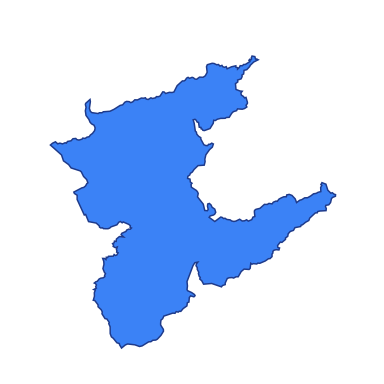 Rio Pardo, Rio Grande do Sul, Brazil, rotated 248°
{"feature_id": "56859067B39474699620723", "entity_name": "Rio Pardo", "entity_type": "district", "adm_level": 2, "iso_a3": "BRA", "parent_name": "Brazil", "parent_adm1": "Rio Grande do Sul", "projection": "robinson", "projection_center": [-52.435, -30.08], "detail": "fine", "context": "isolated", "style": "filled", "palette": "blue", "viewbox_px": 384, "rotation_deg": 248, "n_neighbors": 0, "source": "geoboundaries", "source_scale": "gbopen_adm2", "svg_char_len": 6017}
<svg xmlns="http://www.w3.org/2000/svg" viewBox="0 0 384 384"><g transform="rotate(248 192 192)"><path d="M295.7,242.0L294.8,238.6L295.5,237.2L297.5,236.0L298.3,235.0L298.3,232.3L299.8,231.3L299.6,229.6L298.2,227.6L298.0,226.1L298.6,224.7L296.2,218.1L291.5,212.7L291.7,210.8L292.9,208.3L293.2,204.5L295.2,203.6L295.8,202.4L292.9,198.3L293.0,196.4L293.8,194.7L293.0,193.5L293.5,190.4L294.7,189.2L294.2,186.0L295.3,184.4L296.8,184.1L297.1,182.2L298.1,180.2L297.8,175.9L298.9,173.5L297.8,170.8L297.8,168.7L299.3,167.6L300.5,165.3L300.4,163.3L298.8,160.4L299.2,157.8L297.9,150.8L297.6,146.2L299.6,139.9L299.2,138.2L300.2,135.7L299.9,134.4L303.1,128.9L304.8,128.0L308.0,128.2L313.8,131.6L316.0,132.1L314.0,126.6L313.0,125.9L310.2,125.5L307.2,123.5L302.7,122.4L297.9,123.6L294.9,123.6L292.8,124.4L290.6,126.2L287.7,126.2L285.4,124.7L283.6,121.7L282.9,119.1L281.8,117.4L282.2,115.1L281.7,113.0L282.9,110.9L282.2,109.8L282.5,106.6L283.8,104.8L285.2,104.3L286.0,101.6L284.8,99.0L285.5,95.5L284.4,93.8L285.2,92.8L285.1,90.0L286.8,87.8L287.0,85.5L289.7,84.2L289.5,81.0L288.6,78.3L275.2,84.9L269.0,84.5L263.6,87.9L259.6,88.9L253.5,96.2L252.2,96.9L247.0,97.3L243.0,99.0L239.5,98.9L239.1,97.5L237.5,95.6L236.8,93.3L237.1,91.4L236.2,82.4L234.7,82.4L232.0,84.3L228.1,82.7L211.0,83.5L211.0,85.0L203.3,85.0L199.1,91.5L195.5,93.3L194.0,93.1L192.8,94.0L192.3,95.6L191.2,96.2L189.9,99.1L189.4,100.5L189.4,102.3L190.0,103.9L189.7,110.1L191.4,112.8L191.5,114.5L189.6,115.7L190.0,117.0L185.6,121.3L183.8,122.2L182.4,121.4L181.3,122.4L180.6,120.9L181.3,119.3L181.2,117.2L180.2,116.0L180.0,111.4L179.0,110.3L175.9,111.8L177.9,108.0L176.7,104.3L174.6,103.2L175.5,101.7L174.1,100.8L173.9,99.0L172.2,99.4L171.1,98.5L169.0,100.1L169.0,102.1L166.8,100.3L165.7,100.4L164.5,99.6L163.3,100.7L161.7,98.6L161.9,97.1L163.2,96.4L162.0,94.9L163.7,90.4L162.8,89.1L163.6,88.1L161.6,86.9L163.2,85.9L163.9,84.3L160.8,84.2L158.0,83.3L154.3,80.7L150.2,80.7L148.7,81.2L147.4,79.7L146.2,79.5L145.7,77.5L146.3,75.0L146.1,73.2L144.7,70.8L144.8,69.3L144.2,67.3L143.2,68.2L141.6,68.6L140.3,67.2L138.7,67.3L138.4,64.4L137.3,65.6L135.2,63.7L131.9,62.5L128.6,59.9L127.8,61.2L122.6,62.6L120.8,61.9L116.9,63.7L114.4,63.9L112.8,62.9L107.2,63.9L106.2,65.5L102.0,66.4L101.1,65.5L97.7,65.6L91.3,63.1L87.9,63.0L85.9,64.2L80.3,65.9L78.7,67.9L77.6,67.6L73.7,68.2L75.2,73.0L75.2,75.4L71.7,81.8L68.4,85.5L68.0,88.1L69.3,95.7L68.6,97.8L69.2,100.1L68.3,102.9L68.5,104.7L70.7,109.5L73.6,113.4L75.4,114.0L80.4,113.1L82.2,113.8L84.8,115.2L85.5,117.3L87.5,119.4L86.9,128.8L85.9,130.8L87.0,132.6L85.8,134.2L86.2,135.5L85.5,136.9L87.2,140.1L88.3,144.6L91.1,146.2L91.1,147.9L95.2,150.0L96.2,151.8L94.1,154.5L94.7,156.0L96.0,155.9L98.9,154.0L102.1,151.0L103.3,150.8L106.6,152.6L110.8,153.8L123.4,165.4L125.4,168.2L124.8,171.1L123.7,169.2L122.1,168.1L119.9,168.6L118.4,167.9L115.0,168.2L114.0,167.4L110.9,167.1L109.8,167.7L108.4,166.6L106.0,167.8L102.2,168.2L99.8,176.0L93.0,183.8L93.9,185.2L93.7,188.1L95.2,188.7L98.6,192.3L98.6,194.2L97.7,197.0L96.6,198.4L96.9,201.0L96.1,203.1L99.8,207.8L101.0,211.4L98.8,215.9L99.4,217.3L103.9,219.8L102.6,220.6L102.6,222.0L101.0,225.1L101.4,226.4L100.5,228.2L100.6,234.1L101.5,238.0L101.0,239.3L102.1,242.0L104.4,242.9L105.1,244.1L106.7,244.8L107.3,246.2L107.0,248.4L105.7,250.9L107.3,252.2L108.4,250.8L110.3,251.3L112.5,255.1L111.6,256.5L113.0,260.9L114.4,261.5L115.0,264.1L117.3,265.6L118.6,268.4L118.4,271.7L120.4,274.1L119.3,279.8L120.4,280.8L120.2,282.1L121.4,286.0L121.8,289.6L123.7,291.4L126.4,298.5L125.8,300.4L126.8,301.2L126.5,303.3L124.5,309.3L126.3,310.3L128.5,310.3L129.5,311.1L128.9,314.0L130.3,316.5L133.7,318.9L134.3,320.4L134.3,323.4L135.8,324.1L136.8,322.9L138.8,321.8L138.9,320.3L142.8,318.6L149.1,319.1L152.0,316.0L150.6,314.3L149.6,314.9L148.0,313.0L144.1,311.6L144.5,308.7L144.2,306.7L144.8,304.0L143.9,300.7L143.4,297.0L144.4,294.3L143.8,291.0L144.0,288.7L143.0,285.0L147.0,285.1L151.4,283.4L153.4,281.2L153.8,278.7L152.3,277.7L153.2,275.2L153.1,272.1L152.8,269.9L151.4,267.6L152.1,266.5L152.1,263.6L151.0,261.8L152.6,259.1L152.3,257.1L153.4,254.5L151.4,248.9L152.0,244.8L151.5,243.1L150.3,242.4L145.7,241.1L145.9,239.1L144.0,237.1L143.9,233.3L145.8,232.2L145.6,230.0L146.3,227.7L148.9,226.0L148.6,221.7L149.0,219.8L150.3,217.9L151.9,216.9L153.5,214.0L155.3,212.8L155.6,211.3L157.1,210.5L158.0,209.3L156.1,202.1L162.1,198.4L163.0,199.8L162.6,203.2L162.9,204.7L164.3,206.4L167.6,206.7L170.4,204.9L172.9,204.8L174.9,203.8L175.0,202.1L173.0,201.0L169.8,200.5L168.9,199.2L170.1,196.9L176.5,197.9L185.4,195.3L188.3,197.2L189.7,197.2L191.7,196.7L196.7,193.2L199.4,194.0L200.1,195.3L201.9,194.2L204.7,195.0L206.2,193.0L208.1,194.0L208.6,196.3L209.9,197.4L210.4,199.8L212.1,202.3L214.2,207.5L212.3,213.4L215.2,215.5L217.6,216.2L221.3,218.8L224.7,224.1L226.0,227.7L228.5,229.8L229.9,228.6L229.5,226.7L230.0,225.3L229.2,223.8L229.9,222.2L231.4,220.7L237.7,220.0L239.1,220.5L241.2,219.0L243.9,218.1L245.9,218.5L247.3,217.9L254.9,219.8L258.5,220.1L258.3,222.0L257.1,222.7L254.9,223.0L254.1,224.1L249.3,223.0L248.5,224.5L247.2,224.1L246.4,225.0L245.1,225.2L244.3,226.5L244.1,232.5L247.7,237.4L250.4,239.0L249.5,240.5L250.0,242.6L249.5,246.2L247.9,250.3L248.2,251.8L247.3,254.5L250.1,258.3L251.0,260.5L250.7,263.8L252.0,265.3L249.9,269.7L249.7,272.0L250.3,274.7L252.2,274.6L253.3,276.5L254.4,277.0L259.5,277.5L259.6,275.9L261.3,275.5L263.3,274.1L265.5,274.4L266.6,276.3L267.7,274.3L270.6,271.2L276.2,272.9L276.9,275.7L278.7,276.2L278.5,279.9L280.2,281.7L281.7,282.1L282.1,284.1L285.3,285.8L284.9,288.6L286.7,292.5L287.6,293.4L289.4,297.9L289.8,302.9L291.0,301.9L291.5,300.7L294.0,301.0L295.6,298.6L294.1,297.2L293.0,297.0L292.4,295.9L293.4,295.3L292.8,294.1L291.2,294.5L290.3,289.2L290.9,287.6L290.2,286.0L291.1,284.0L289.8,282.6L288.9,280.3L290.2,280.8L291.4,279.4L292.6,279.9L293.3,275.5L293.1,270.7L295.4,270.7L295.4,268.9L296.6,267.5L298.2,267.2L298.3,265.1L300.3,264.3L300.7,262.6L302.9,260.6L303.8,258.9L304.3,253.9L302.8,252.4L297.3,250.9L294.8,247.9L294.2,245.3L295.7,242.0Z" fill="#3b82f6" stroke="#1e3a8a" stroke-width="1.5"/></g></svg>